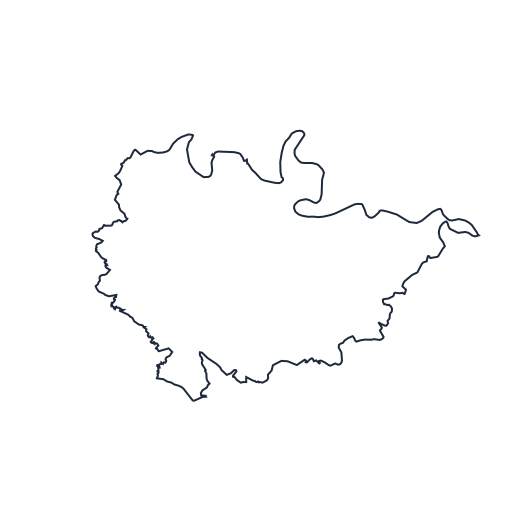 outline of Narail, Khulna, Bangladesh, rotated 308°
{"feature_id": "16705992B56503274196630", "entity_name": "Narail", "entity_type": "district", "adm_level": 2, "iso_a3": "BGD", "parent_name": "Bangladesh", "parent_adm1": "Khulna", "projection": "robinson", "projection_center": [89.616, 23.132], "detail": "fine", "context": "isolated", "style": "outline", "palette": "slate", "viewbox_px": 512, "rotation_deg": 308, "n_neighbors": 0, "source": "geoboundaries", "source_scale": "gbopen_adm2", "svg_char_len": 6149}
<svg xmlns="http://www.w3.org/2000/svg" viewBox="0 0 512 512"><g transform="rotate(308 256 256)"><path d="M409.5,418.9L409.6,417.4L410.6,415.4L413.3,406.9L413.4,403.6L412.8,399.1L410.0,393.1L404.8,388.8L403.3,386.3L403.2,384.1L403.8,378.5L404.3,377.1L406.4,373.9L406.6,372.2L405.0,370.7L399.5,368.0L385.7,364.9L380.9,362.3L377.1,355.8L375.4,341.5L372.1,332.6L369.6,327.3L367.8,325.6L365.9,326.0L360.0,325.0L357.5,323.8L356.2,321.6L356.4,317.6L359.2,313.5L361.9,308.3L362.0,307.5L361.3,306.2L359.0,303.3L357.2,301.8L338.8,292.5L334.3,289.6L328.3,284.7L324.6,280.7L322.6,277.3L318.9,272.8L316.1,267.4L315.0,263.8L315.2,259.7L317.1,256.6L318.6,255.5L320.7,254.9L325.0,255.6L327.5,256.9L331.5,260.4L332.8,263.3L333.9,269.1L335.1,271.1L338.4,272.0L340.1,271.9L344.9,269.8L356.9,261.1L363.5,258.3L365.1,255.1L366.0,249.6L365.8,247.5L363.8,242.9L358.6,236.2L357.3,233.7L357.5,230.4L358.9,225.4L360.4,223.3L363.5,221.1L380.9,219.7L381.8,219.1L382.5,217.9L382.8,215.4L381.4,213.1L379.1,210.8L374.6,208.8L369.4,209.3L364.4,208.8L359.8,209.8L353.4,212.6L344.9,217.3L337.1,223.8L333.9,227.6L333.8,229.4L332.5,230.6L329.7,230.5L327.7,229.4L325.2,225.7L320.6,216.1L319.7,212.6L321.2,203.8L321.4,199.9L323.4,194.3L323.9,192.5L323.5,192.1L326.3,189.5L324.0,188.7L323.6,187.9L325.4,185.0L326.7,180.8L326.4,179.1L324.4,174.9L315.0,161.8L312.5,160.2L309.4,160.4L309.0,159.9L309.2,159.1L308.2,159.3L309.0,161.1L308.6,161.9L304.6,162.5L302.0,163.6L296.5,168.8L292.5,170.6L290.6,170.6L289.2,169.9L285.9,166.2L285.2,156.4L286.7,151.0L288.7,145.8L297.5,136.0L304.3,133.1L308.3,133.3L312.2,132.2L312.3,131.3L310.2,127.9L304.1,124.1L300.1,122.5L293.5,121.5L286.4,122.4L283.9,121.6L280.4,119.1L276.9,115.2L275.4,112.4L274.6,109.3L272.1,105.8L264.9,102.6L265.5,95.6L265.0,95.1L263.3,95.0L256.3,96.4L255.2,96.1L254.0,94.6L251.3,94.5L250.8,93.8L248.0,94.3L245.6,93.1L245.0,93.4L244.8,95.2L239.6,96.5L237.0,96.8L232.3,95.7L231.8,98.1L231.8,101.9L229.3,105.8L221.2,107.2L220.2,109.2L218.5,108.6L213.4,110.2L212.1,116.4L210.2,118.0L208.5,121.1L208.3,126.3L206.6,128.8L206.0,130.7L206.1,131.7L203.5,131.6L202.0,130.4L200.3,130.0L200.7,128.3L200.2,127.7L200.3,126.3L198.8,125.1L197.8,125.2L195.8,123.2L194.0,122.8L192.0,123.6L190.8,123.2L186.6,118.0L187.0,117.6L186.8,117.1L183.1,117.6L180.9,115.9L179.6,116.7L177.4,116.2L176.7,114.7L173.7,113.4L172.7,113.5L171.3,115.2L171.1,117.7L172.9,122.2L173.6,125.9L171.5,125.8L167.3,123.5L165.3,124.1L164.6,125.2L163.4,125.1L162.7,125.8L162.6,126.6L161.4,126.7L161.3,130.1L159.9,134.1L159.7,136.2L160.6,140.4L159.8,141.1L158.5,140.2L157.5,141.0L157.7,143.2L157.1,144.4L156.0,143.1L155.1,143.8L154.6,145.3L155.1,149.5L149.9,149.3L148.2,148.5L146.3,146.5L144.3,145.6L142.7,145.9L140.5,148.2L138.4,148.1L136.6,148.8L133.5,148.2L132.2,150.6L131.2,153.8L132.6,159.5L132.5,161.2L133.8,165.0L139.3,169.9L137.4,171.0L136.7,170.3L135.0,170.1L134.5,170.7L134.7,171.8L134.0,172.1L131.4,172.2L130.6,171.2L129.8,171.3L129.5,172.1L128.3,172.0L127.6,172.9L128.2,173.0L128.3,173.4L128.0,175.0L127.2,176.5L127.2,177.6L128.1,177.3L128.3,176.4L128.7,176.3L130.0,177.1L129.4,177.9L130.5,179.2L131.1,181.4L131.0,183.5L131.8,184.6L130.2,184.0L130.3,182.8L129.7,182.3L129.0,182.5L131.1,191.7L130.7,194.6L131.1,195.6L131.0,197.0L129.6,200.2L129.9,206.2L131.1,208.2L131.5,209.9L130.8,210.9L131.7,212.2L130.7,212.1L130.8,214.8L129.1,215.6L128.8,219.0L126.7,219.7L126.3,220.5L126.2,221.8L127.5,222.0L127.0,223.3L128.3,224.5L127.8,225.9L126.7,225.3L125.8,225.9L123.5,225.9L123.3,227.3L123.9,228.1L124.1,229.5L124.9,228.3L125.4,228.5L125.2,230.6L126.1,232.0L125.6,233.6L125.3,234.2L121.7,233.9L121.5,234.5L122.0,235.1L121.1,238.0L129.4,244.0L128.8,249.1L124.2,249.4L120.8,247.8L118.7,248.5L118.2,249.8L116.3,250.3L115.6,248.9L113.7,249.2L113.8,247.0L112.6,247.7L112.2,247.0L111.0,246.8L109.2,245.4L108.4,245.9L108.4,246.4L109.2,246.2L110.0,247.1L108.7,248.8L107.6,247.8L105.9,249.5L104.6,249.2L104.5,249.8L105.0,250.1L104.7,250.6L103.6,251.2L102.5,250.9L101.2,252.5L98.6,253.2L101.9,258.9L102.4,263.3L104.2,267.4L104.5,270.8L106.1,274.7L106.9,278.0L106.8,280.6L103.2,295.0L103.8,296.3L112.1,300.7L114.4,303.3L114.9,302.4L112.4,298.6L113.9,297.0L117.0,296.5L122.4,298.3L124.4,297.6L126.8,298.0L127.6,294.8L128.7,292.8L133.0,289.1L134.2,286.4L135.2,286.6L137.6,279.9L139.2,278.6L141.0,278.0L141.3,276.8L141.9,276.7L142.5,275.6L143.0,273.4L144.6,271.6L145.7,271.1L146.6,273.2L145.8,280.6L146.6,291.2L146.2,296.3L144.9,299.0L144.3,306.1L148.1,308.4L152.8,309.1L153.7,310.7L152.9,311.6L147.5,311.6L146.8,312.1L146.7,312.5L147.4,313.7L146.5,317.4L146.8,322.0L148.8,323.5L150.6,325.9L154.6,322.8L156.0,330.6L156.8,332.1L156.8,333.9L158.5,335.2L158.2,336.1L159.0,336.6L160.2,339.1L164.1,340.9L165.6,341.2L167.5,340.6L169.8,338.5L175.3,338.8L180.4,336.6L189.0,340.6L192.5,345.7L195.2,355.3L204.2,358.2L204.4,359.7L202.9,360.4L203.4,361.6L207.6,362.1L209.8,363.0L209.9,364.1L208.7,366.4L210.7,367.6L210.3,372.0L211.0,372.2L212.3,370.4L213.6,371.6L214.5,375.8L214.8,380.6L215.4,382.2L220.1,384.6L220.9,387.6L222.5,388.9L224.3,389.0L226.4,388.2L230.7,384.4L232.6,382.6L234.7,377.6L237.0,376.1L238.7,376.5L241.3,378.0L243.9,377.8L248.2,379.2L252.3,381.5L251.8,383.8L250.4,386.2L250.4,387.9L254.1,390.4L257.2,393.3L261.1,398.5L263.1,400.2L266.0,405.1L267.4,406.1L269.9,406.7L270.8,406.3L273.3,399.9L273.9,399.4L275.7,399.7L277.1,399.2L278.9,394.0L279.3,394.1L279.4,396.2L280.6,400.8L281.2,401.5L282.5,401.7L284.4,401.4L285.9,399.6L289.0,399.7L292.3,397.5L293.4,397.1L295.8,397.2L298.3,395.6L299.3,393.2L299.4,390.7L298.2,389.8L297.8,388.0L296.9,386.7L298.1,384.2L299.7,382.9L300.6,383.2L304.0,386.5L308.4,388.7L309.7,388.8L311.5,387.9L312.7,388.2L315.1,392.2L317.2,394.1L317.3,396.1L317.7,396.5L321.8,394.9L322.2,390.1L324.1,389.2L327.3,388.6L337.3,390.7L342.4,393.3L352.0,391.5L354.0,391.8L357.0,393.8L360.6,391.9L362.0,391.7L362.4,392.7L361.7,394.0L361.8,394.7L366.9,399.4L368.1,399.7L376.8,398.7L379.9,398.8L381.9,395.3L383.7,389.4L386.8,385.8L389.1,384.4L392.7,383.1L396.9,383.1L399.6,384.1L400.4,384.8L400.1,386.2L397.4,390.3L396.8,392.3L398.7,401.1L403.8,406.1L405.1,409.2L405.3,413.9L405.9,415.5L406.6,416.9L409.5,418.9Z" fill="none" stroke="#1e293b" stroke-width="2"/></g></svg>